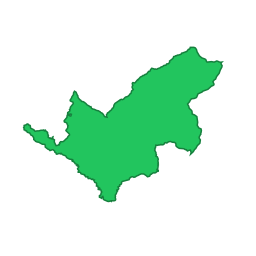 Bolívar, Cauca, Colombia, rotated 261°
{"feature_id": "7082276B53672126014760", "entity_name": "Bolívar", "entity_type": "district", "adm_level": 2, "iso_a3": "COL", "parent_name": "Colombia", "parent_adm1": "Cauca", "projection": "albers", "projection_center": [-76.986, 1.874], "detail": "fine", "context": "isolated", "style": "filled", "palette": "green", "viewbox_px": 256, "rotation_deg": 261, "n_neighbors": 0, "source": "geoboundaries", "source_scale": "gbopen_adm2", "svg_char_len": 5791}
<svg xmlns="http://www.w3.org/2000/svg" viewBox="0 0 256 256"><g transform="rotate(261 128 128)"><path d="M172.7,80.9L171.2,79.7L169.6,79.4L167.6,77.5L166.3,76.8L164.6,75.2L163.7,75.3L162.1,77.7L160.7,77.8L157.5,74.3L155.9,73.9L155.4,73.1L154.1,73.3L153.6,72.8L152.7,70.9L152.2,70.7L151.4,70.6L151.2,71.0L150.7,72.2L150.8,73.6L150.4,74.2L149.9,73.8L149.0,73.7L148.8,72.7L149.6,71.9L150.4,70.2L149.8,69.8L148.0,69.3L145.2,66.1L144.8,66.0L143.8,66.2L143.4,67.2L142.5,68.3L140.4,68.7L139.7,69.2L138.9,68.7L137.7,68.5L136.6,67.7L136.3,67.0L135.1,66.3L131.3,69.1L130.3,69.2L129.0,67.4L127.6,66.5L127.3,65.7L125.0,62.4L124.7,61.6L125.0,59.3L124.1,58.2L123.6,58.3L123.4,57.9L122.5,57.7L122.1,57.4L122.4,57.0L121.9,56.2L121.8,54.2L125.7,53.0L127.8,53.5L129.3,51.8L129.9,52.2L130.3,52.1L130.9,52.4L130.8,52.0L129.2,51.1L129.6,50.8L129.7,50.1L130.0,50.0L130.0,49.3L130.4,49.3L130.4,48.8L131.3,47.7L132.0,47.8L132.8,48.2L133.1,47.9L134.3,48.0L135.2,47.6L136.0,47.9L136.9,47.4L137.5,46.6L138.8,46.1L138.6,45.4L138.8,45.1L138.4,44.8L139.3,44.1L139.1,43.3L139.4,41.7L139.1,39.6L139.4,37.8L139.3,35.7L140.8,34.9L140.9,34.4L141.5,34.1L143.0,31.8L145.6,31.8L146.1,31.4L146.4,30.5L147.3,30.1L147.7,29.4L147.7,28.8L147.1,28.0L146.8,25.8L145.3,25.6L144.8,25.0L144.0,25.3L142.5,25.1L142.2,25.8L141.4,26.2L141.1,27.3L139.5,27.9L138.4,30.2L136.2,31.0L135.2,32.5L132.8,33.4L131.3,33.1L130.4,34.0L129.3,34.6L128.4,36.0L127.9,37.6L125.4,40.8L124.8,43.3L123.8,43.5L122.1,43.3L119.6,45.6L119.1,46.6L117.9,47.4L118.4,50.1L118.3,50.5L116.7,51.9L115.5,52.0L114.6,53.0L113.4,53.2L113.3,54.3L113.7,55.9L113.0,57.2L113.5,57.6L113.5,58.0L112.5,58.6L111.6,59.6L110.3,62.0L109.7,62.4L108.5,62.7L107.1,64.3L106.3,65.6L105.7,67.8L105.3,68.4L105.0,68.5L104.9,67.9L104.6,67.6L103.8,67.8L103.7,68.5L102.4,69.7L100.9,70.3L99.8,72.3L99.1,72.9L98.8,71.7L97.5,73.3L96.7,72.8L95.7,71.8L95.1,71.9L93.6,72.8L92.7,72.0L92.1,71.9L91.8,73.5L91.3,74.2L90.4,74.3L90.0,74.6L88.7,77.7L88.2,77.6L87.9,78.1L87.5,78.0L86.3,78.7L86.2,79.5L86.4,80.2L86.2,80.7L85.6,80.5L84.3,80.8L84.1,81.6L84.3,82.6L82.9,84.0L83.1,85.2L82.1,85.6L81.9,86.6L81.2,86.2L79.7,86.6L79.3,86.9L78.8,88.0L78.2,88.3L75.6,87.8L75.4,89.0L73.6,89.2L73.5,90.1L73.0,90.6L72.6,89.2L72.0,89.0L71.1,91.5L70.6,91.7L69.8,91.6L68.9,92.1L67.8,91.1L67.1,91.1L66.2,90.6L65.8,90.0L65.9,89.6L65.5,89.1L64.0,89.0L63.6,90.0L62.8,90.7L64.2,91.9L64.4,92.4L63.0,92.7L62.0,92.3L60.8,93.1L58.7,96.5L58.4,97.6L58.7,99.4L58.1,100.0L58.7,100.4L58.3,102.6L58.4,103.8L58.7,104.3L59.6,104.7L61.5,104.5L62.2,104.9L63.7,104.9L64.9,106.1L67.0,107.2L67.5,107.9L67.8,107.9L68.1,107.2L68.4,107.3L68.7,107.5L68.8,108.4L69.2,109.2L69.9,109.4L70.9,109.0L71.6,109.1L71.7,110.6L73.2,110.9L73.2,111.9L74.0,112.9L75.2,113.0L76.1,114.0L76.8,121.0L78.1,121.7L79.2,123.6L79.2,124.9L78.4,126.1L78.5,127.5L79.3,129.1L79.5,130.3L80.2,132.2L80.6,133.9L80.1,136.4L78.2,138.5L76.8,139.6L76.9,141.4L77.3,142.1L77.7,142.2L78.7,143.0L78.7,143.8L79.4,144.9L79.8,146.5L79.4,147.4L79.6,148.5L80.5,149.7L80.5,151.0L81.5,151.3L81.8,151.1L82.0,150.2L82.5,150.0L83.4,151.1L85.8,151.8L86.4,151.7L86.8,152.2L87.9,151.9L88.4,152.4L91.0,152.4L92.5,153.0L94.9,152.5L95.8,151.2L97.1,151.9L98.3,151.5L99.0,151.8L100.9,151.3L101.5,150.8L102.5,151.3L103.3,151.2L104.0,151.9L104.6,151.9L104.8,152.3L106.7,152.8L106.3,154.1L106.2,154.8L106.5,155.4L106.2,157.0L106.7,158.0L106.1,158.6L106.2,159.1L105.9,159.8L106.7,161.5L107.4,161.7L107.7,162.2L107.7,162.7L107.1,164.0L108.1,166.0L108.0,168.0L107.2,169.2L106.7,170.5L106.8,171.2L105.7,172.6L104.8,172.8L102.8,172.6L101.3,173.7L99.9,175.4L98.8,179.9L97.6,181.3L97.4,182.4L96.5,182.7L96.0,183.2L96.5,185.0L96.4,186.2L93.9,186.5L92.4,185.8L94.4,188.8L96.4,190.4L97.0,191.6L99.7,193.7L101.7,196.6L104.9,197.6L106.7,196.8L107.8,196.8L109.9,198.3L110.5,199.0L111.5,199.0L112.2,199.5L114.0,200.1L115.7,200.0L116.9,198.0L119.8,196.8L122.7,197.7L128.5,197.8L130.4,195.9L131.8,193.6L134.1,193.8L135.3,193.6L137.9,191.6L140.5,191.3L141.7,190.7L142.4,190.6L144.3,192.9L145.5,193.7L146.9,195.2L146.8,197.9L147.2,199.9L147.8,200.7L150.8,202.5L151.9,206.7L152.7,207.8L153.7,213.0L156.4,217.1L156.5,218.2L157.1,219.5L157.9,219.8L160.4,219.1L162.1,220.8L162.5,222.1L164.9,223.5L167.8,226.6L170.7,228.1L173.6,230.3L175.1,230.7L176.1,230.1L177.0,230.0L177.8,230.2L178.4,231.0L178.4,229.9L179.0,228.3L179.7,227.4L180.3,226.2L179.6,223.4L180.5,220.8L180.7,216.6L181.2,216.0L183.5,215.5L184.2,214.6L185.7,211.9L188.1,209.8L192.5,208.1L194.7,207.9L196.5,207.1L197.3,205.8L197.9,202.1L196.5,201.4L196.2,200.9L196.3,200.0L194.4,198.0L193.5,193.3L193.6,192.8L192.5,191.8L192.1,188.8L192.3,188.1L191.8,187.3L191.9,186.4L191.5,185.8L191.4,184.3L189.7,183.3L187.6,179.5L186.6,179.5L185.2,178.1L185.2,176.1L184.1,175.3L184.2,173.4L183.2,171.6L183.1,170.2L182.4,169.1L182.0,166.6L181.5,165.8L181.7,164.7L182.1,164.1L181.9,163.2L182.4,162.8L183.3,160.8L182.0,159.3L181.0,158.9L180.6,158.0L180.7,157.2L178.3,154.7L178.3,153.4L177.4,151.9L177.6,151.1L177.1,150.5L176.4,148.2L174.8,146.3L174.3,145.3L173.9,145.3L173.9,144.7L171.6,142.1L171.5,141.3L172.1,140.0L171.9,139.6L171.1,139.1L169.2,139.4L168.6,138.7L167.2,138.4L165.1,139.2L164.1,137.4L161.7,136.3L161.2,135.1L160.2,134.3L159.2,132.6L158.9,130.3L157.9,128.9L157.2,128.2L156.9,126.9L157.4,125.9L157.0,124.4L156.4,124.1L156.5,123.6L154.3,119.0L152.8,117.7L151.2,117.2L150.0,116.2L149.9,115.6L148.3,114.3L147.8,113.0L147.0,112.3L146.9,111.7L146.4,111.3L146.1,110.1L145.5,109.9L144.5,108.8L142.9,108.7L142.0,108.9L142.7,107.0L143.2,106.5L145.4,105.7L146.8,104.7L147.6,103.4L148.4,103.0L149.6,101.5L150.3,99.7L151.7,97.7L152.3,96.1L153.2,95.0L154.9,94.7L155.0,93.6L155.8,93.1L157.1,91.3L158.8,90.2L160.4,88.7L161.2,87.6L161.5,86.3L162.9,85.6L163.4,84.9L165.5,83.6L166.6,83.4L167.7,83.5L168.6,83.0L171.5,82.3L172.7,80.9Z" fill="#22c55e" stroke="#15803d" stroke-width="1.5"/></g></svg>